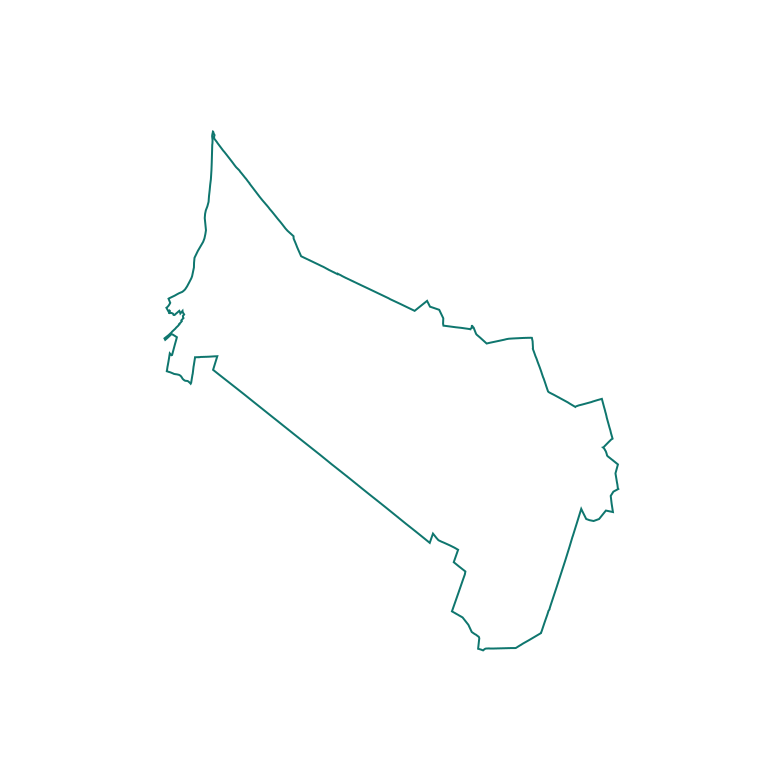 Turku pag., Livanu, Latvia (Robinson projection), rotated 73°
{"feature_id": "27541924B57048436459337", "entity_name": "Turku pag.", "entity_type": "district", "adm_level": 2, "iso_a3": "LVA", "parent_name": "Latvia", "parent_adm1": "Livanu", "projection": "robinson", "projection_center": [26.216, 56.443], "detail": "fine", "context": "isolated", "style": "outline", "palette": "teal", "viewbox_px": 768, "rotation_deg": 73, "n_neighbors": 0, "source": "geoboundaries", "source_scale": "gbopen_adm2", "svg_char_len": 5949}
<svg xmlns="http://www.w3.org/2000/svg" viewBox="0 0 768 768"><g transform="rotate(73 384 384)"><path d="M621.3,385.5L630.2,377.1L631.0,376.8L639.0,373.7L646.8,372.6L649.6,370.4L650.3,369.7L650.8,369.2L651.6,368.7L652.5,368.0L653.1,367.6L653.4,367.3L655.0,367.2L657.0,368.1L664.7,371.4L666.4,368.8L667.6,367.3L667.7,366.9L667.5,366.7L667.0,365.4L666.8,364.7L666.8,363.9L667.5,361.2L667.5,360.9L667.7,360.7L668.6,358.0L673.6,340.0L674.9,335.6L675.0,335.2L673.0,327.5L672.9,327.2L672.6,325.9L671.4,320.4L670.8,317.9L668.1,306.7L667.5,306.5L667.3,306.1L666.9,305.8L658.9,300.1L652.1,295.1L649.0,293.0L647.9,291.6L647.5,291.5L644.4,289.4L628.3,278.0L605.4,262.0L593.8,254.1L585.5,248.6L584.3,247.7L572.9,239.9L561.1,231.9L564.4,231.4L572.2,230.1L574.3,227.3L576.3,223.6L576.0,217.8L573.3,213.8L569.9,208.8L573.4,202.5L565.0,201.3L557.3,199.9L554.0,196.1L552.9,190.6L551.7,190.8L550.6,190.6L548.3,190.2L546.3,190.0L543.4,189.6L537.3,188.8L537.0,188.7L529.3,183.8L520.1,190.1L518.8,191.0L518.4,191.3L518.0,191.4L517.6,191.5L517.3,191.6L516.7,191.5L515.9,191.5L514.5,191.5L513.0,191.6L512.1,191.9L511.2,192.0L509.7,192.5L508.7,193.1L508.7,192.6L507.6,190.6L506.3,188.2L505.0,185.8L504.1,184.0L503.6,183.2L503.1,181.4L497.3,181.3L494.4,181.1L491.5,181.1L488.2,181.0L480.9,180.8L480.3,180.7L477.1,180.5L475.0,180.5L474.6,180.4L470.0,180.3L461.9,180.0L461.8,184.8L461.8,186.6L461.8,190.0L461.9,190.5L461.7,197.0L461.6,200.2L461.4,204.0L461.5,206.1L461.6,207.0L461.7,207.7L461.8,207.8L457.3,211.9L455.2,213.7L443.6,225.1L442.2,226.6L440.5,228.3L439.7,229.0L439.0,229.3L433.4,229.5L432.1,229.5L425.4,229.7L423.9,229.9L422.9,229.9L420.2,230.0L418.4,230.0L413.8,230.2L407.8,230.6L404.9,230.7L403.5,230.8L401.8,231.0L397.1,231.2L393.8,231.4L393.5,231.1L386.6,229.4L383.1,229.1L382.6,230.4L382.1,232.2L381.4,234.7L380.6,237.7L378.3,246.8L377.2,251.4L376.9,253.9L376.8,256.1L376.4,260.8L376.2,263.0L375.8,267.5L375.5,270.9L375.3,274.0L367.6,278.6L364.0,280.9L363.2,281.2L362.9,281.3L357.8,281.7L356.3,281.8L355.9,282.1L355.6,282.3L355.2,282.3L354.7,282.5L354.3,282.6L354.1,282.8L354.1,283.0L354.4,283.2L355.1,283.2L355.8,283.5L356.2,283.8L356.2,284.2L356.3,284.7L356.3,285.0L356.5,285.2L356.7,285.3L356.9,285.4L355.9,287.3L352.9,293.7L350.8,298.6L346.6,307.8L345.6,310.1L343.7,309.9L338.5,308.1L329.2,309.5L325.5,314.6L323.5,317.4L317.1,318.5L319.0,323.3L320.8,327.8L323.0,333.3L312.1,345.1L304.7,353.3L303.4,354.5L288.0,371.3L283.1,376.7L271.1,389.8L268.4,392.6L267.5,393.4L265.5,395.5L265.0,396.0L265.4,396.3L259.0,403.1L254.2,407.8L252.8,409.4L251.1,411.2L246.6,416.1L240.2,423.1L237.6,425.9L233.4,426.4L230.1,426.8L227.4,427.1L225.7,427.2L222.3,427.5L220.5,427.7L218.5,427.9L216.2,427.3L209.4,431.4L206.4,432.8L200.8,434.9L198.3,435.9L195.3,437.2L186.5,440.7L183.1,442.2L181.6,442.7L179.7,443.5L172.4,446.7L168.9,448.1L153.0,454.0L152.8,453.9L151.1,454.6L150.1,455.0L148.9,455.4L147.0,456.1L146.0,456.6L144.9,457.0L143.4,457.6L140.9,458.6L138.8,459.5L137.6,459.8L133.5,462.0L131.2,462.9L127.5,464.2L122.2,466.2L115.2,468.9L113.7,469.6L109.5,471.1L105.1,472.7L104.1,473.0L103.7,473.1L99.4,474.7L98.7,474.4L97.9,474.2L97.3,473.9L96.9,473.5L96.3,473.3L96.1,473.4L95.9,473.5L95.8,473.4L95.6,473.4L95.2,473.6L94.4,473.6L94.0,473.6L93.8,473.6L93.5,473.6L93.3,473.6L93.4,473.8L93.0,474.0L93.4,474.2L93.8,474.4L94.6,474.9L95.6,475.4L96.7,475.9L98.8,476.3L100.8,476.7L103.7,477.7L105.0,478.3L122.2,484.1L128.8,486.4L137.6,489.7L142.5,491.9L148.3,494.3L153.1,496.4L158.5,498.5L162.5,501.0L165.8,503.6L168.9,505.3L172.9,506.9L184.9,509.3L188.4,511.0L192.2,513.1L195.2,515.4L202.3,523.1L207.9,528.3L212.5,530.2L217.0,531.7L224.8,536.0L226.5,537.3L229.6,540.3L233.1,543.8L235.4,546.6L236.3,548.4L236.9,549.9L237.3,553.6L237.7,555.6L238.3,558.3L239.2,564.2L239.4,565.1L242.8,564.8L243.3,564.8L243.9,564.7L244.2,565.0L245.3,566.1L246.1,567.1L247.0,568.5L247.5,569.8L248.4,569.6L251.6,568.9L251.0,567.7L251.6,567.4L253.4,568.6L253.6,568.2L253.7,567.0L254.0,566.4L254.5,565.8L254.9,565.5L255.0,565.3L256.1,565.0L256.3,565.0L256.3,564.8L256.4,564.6L256.6,564.5L256.7,564.4L256.7,564.1L256.7,563.9L256.6,563.7L256.3,563.2L255.9,562.3L254.9,560.0L254.2,558.4L255.8,558.1L257.0,558.1L255.2,555.3L256.4,555.5L256.5,555.5L258.0,555.1L259.1,554.8L260.1,556.4L261.7,556.7L262.3,556.5L263.9,559.2L264.8,559.0L265.6,560.2L266.8,562.4L267.2,562.3L267.3,562.5L267.5,562.9L267.7,563.3L268.1,563.8L269.1,565.8L269.4,566.4L270.1,567.4L270.5,568.3L271.3,569.9L271.6,570.6L271.9,571.1L272.1,571.5L272.6,572.2L273.2,573.5L274.3,575.7L275.5,578.8L276.2,580.6L277.8,580.3L276.8,578.0L275.1,574.5L274.0,572.5L274.5,572.3L275.4,571.1L275.8,570.9L276.4,570.3L278.7,568.4L280.2,569.3L285.2,572.5L294.5,578.3L294.9,578.6L295.0,578.6L292.1,579.9L292.3,580.0L292.6,580.1L292.9,580.3L294.1,580.9L296.2,581.9L297.6,582.6L300.2,583.9L303.1,585.4L304.2,586.0L307.6,587.6L307.8,587.8L308.3,588.0L308.8,587.2L309.5,586.3L309.9,585.6L310.3,585.0L312.2,582.7L313.0,581.8L313.4,581.0L313.7,580.4L314.1,579.5L314.6,578.6L315.3,577.4L315.9,576.8L316.4,576.4L317.0,576.0L317.8,575.7L318.3,575.5L319.1,575.3L320.0,575.1L321.0,574.6L322.0,573.9L322.4,573.6L322.7,573.2L322.9,572.9L323.2,572.1L323.7,571.0L324.2,570.5L325.3,569.8L326.3,569.2L327.2,568.8L326.8,568.4L326.5,568.1L319.0,564.4L318.6,564.1L316.6,563.2L312.3,561.3L311.4,560.9L311.1,560.7L307.8,559.1L303.5,557.0L303.2,556.9L304.2,553.1L304.3,553.1L304.4,552.6L304.6,551.1L304.7,550.9L306.4,544.6L306.7,543.4L308.0,538.0L308.7,535.3L320.5,543.3L327.5,538.5L335.1,533.2L345.0,526.3L352.8,520.9L364.1,513.2L370.8,508.6L380.9,501.7L395.2,491.9L406.6,484.1L428.9,468.7L434.0,465.2L444.9,457.9L464.3,444.5L475.7,436.8L485.4,430.2L502.4,418.5L524.2,403.8L535.5,396.0L544.8,389.7L549.3,386.7L544.9,383.5L541.4,380.9L543.9,379.9L546.7,378.8L549.3,377.6L551.7,375.0L553.1,373.3L557.5,368.3L561.1,364.5L564.2,361.6L574.8,369.4L580.3,365.7L587.1,361.0L589.8,362.4L594.1,365.6L605.1,373.6L611.5,378.3L621.3,385.5Z" fill="none" stroke="#0f766e" stroke-width="2"/></g></svg>